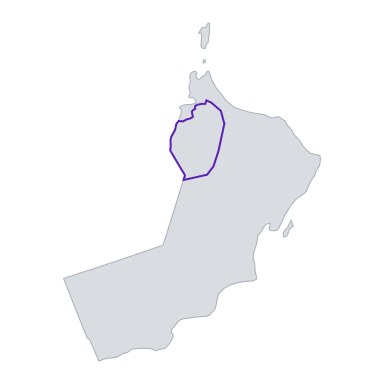 location of Al Dhahira within Oman
{"feature_id": "OMN-2414", "entity_name": "Al Dhahira", "entity_type": "Region", "adm_level": 1, "iso_a3": "OMN", "parent_name": "Oman", "parent_adm1": "", "projection": "albers", "projection_center": [55.739, 23.003], "detail": "fine", "context": "in_parent", "style": "outline", "palette": "violet", "viewbox_px": 384, "rotation_deg": 0, "n_neighbors": 0, "source": "natural_earth", "source_scale": "10m", "svg_char_len": 3515}
<svg xmlns="http://www.w3.org/2000/svg" viewBox="0 0 384 384"><path d="M98.8,361.0L96.8,356.3L94.9,351.7L92.9,347.1L91.0,342.5L89.6,339.3L87.2,338.1L85.9,334.7L84.4,331.1L83.0,327.6L81.6,324.1L80.2,320.6L78.8,317.1L77.4,313.6L76.0,310.1L74.6,306.6L73.2,303.1L71.9,299.6L70.5,296.1L69.1,292.5L67.7,289.0L66.3,285.5L64.9,282.0L63.6,278.5L68.3,276.9L74.0,275.1L79.7,273.2L85.5,271.3L91.2,269.5L96.9,267.6L102.6,265.7L108.4,263.8L114.1,261.9L119.8,260.0L125.5,258.0L131.2,256.1L136.8,254.2L142.5,252.2L148.2,250.3L153.9,248.3L159.6,246.4L163.1,245.1L164.5,240.5L165.8,236.6L167.0,232.8L168.2,228.9L169.4,225.1L170.6,221.2L171.8,217.3L173.0,213.5L174.2,209.6L175.4,205.8L176.6,201.9L177.8,198.0L179.0,194.2L180.2,190.3L181.4,186.4L182.6,182.6L183.8,178.7L184.9,175.2L182.9,171.7L180.1,167.2L177.3,162.4L174.6,157.8L172.6,154.6L170.3,150.6L170.5,145.5L170.5,142.9L170.8,139.0L173.0,133.6L175.7,126.7L177.7,122.1L179.4,118.2L180.7,115.0L181.5,111.7L181.1,109.3L180.2,108.5L179.5,107.4L182.0,105.6L186.7,104.5L189.4,104.8L193.0,103.9L195.9,103.1L196.2,102.1L195.3,100.4L194.1,97.8L190.0,97.6L188.8,96.9L190.2,93.1L190.2,91.9L189.6,90.6L189.0,88.2L189.3,85.2L190.2,83.1L190.2,81.5L189.8,78.1L189.9,75.0L190.7,73.5L192.3,72.1L193.7,71.4L195.2,71.5L196.4,72.0L196.9,73.6L196.6,74.7L195.7,74.9L195.4,75.3L196.6,77.5L198.4,79.5L199.8,79.2L201.3,77.5L202.9,76.2L204.9,75.0L206.3,72.8L207.5,71.3L208.7,71.1L211.9,80.3L216.8,88.8L221.0,93.5L225.5,100.0L232.3,105.8L235.4,107.8L247.9,111.8L254.8,113.3L264.3,114.6L270.8,117.8L273.0,117.9L276.4,116.9L278.9,116.9L285.3,121.2L287.2,125.4L289.8,127.5L292.2,130.9L293.8,134.5L299.2,140.0L303.1,146.1L307.0,150.6L310.5,153.4L315.7,154.4L319.9,155.6L320.4,158.7L320.1,162.7L319.4,165.7L315.7,171.6L314.9,175.2L310.7,181.2L306.2,191.3L304.1,193.5L296.5,198.8L291.0,205.1L284.5,215.9L279.6,226.6L277.7,230.0L273.6,230.8L270.9,230.5L269.0,229.6L269.7,226.7L270.1,223.4L267.6,223.8L265.5,224.5L260.5,232.5L257.7,236.0L257.2,240.5L255.9,246.2L254.0,251.4L253.2,255.8L253.2,258.3L254.8,264.4L255.0,270.6L255.9,274.4L256.7,278.9L254.3,280.3L252.2,281.0L244.0,281.6L235.7,283.1L228.5,285.8L224.1,288.4L218.5,294.2L215.1,308.9L209.6,315.1L205.8,316.4L196.7,317.0L183.9,318.7L179.4,320.2L171.9,329.2L171.3,332.0L172.8,334.0L173.2,336.3L172.5,338.4L169.1,344.0L165.4,348.1L155.6,350.7L152.0,349.1L148.7,348.3L142.4,348.2L132.0,349.0L128.1,352.0L122.1,354.1L116.5,357.4L105.9,358.5L98.8,361.0ZM205.7,47.7L205.1,48.5L204.2,48.6L202.1,47.9L200.9,46.3L201.1,44.4L201.2,40.8L201.7,37.4L201.6,33.8L200.0,33.1L198.8,33.3L201.4,28.3L202.5,27.5L203.5,27.8L205.9,27.3L207.1,24.5L208.2,23.0L209.2,23.2L209.8,24.0L209.4,28.2L209.4,31.7L208.1,42.3L206.7,44.1L206.0,45.6L205.7,47.7ZM286.0,236.4L283.9,237.0L283.3,236.8L283.3,232.3L287.9,226.7L291.0,220.2L293.3,225.9L289.5,229.2L287.6,234.7L286.0,236.4ZM205.3,62.2L203.9,63.1L203.0,62.9L203.2,61.1L203.7,59.8L205.1,59.9L205.4,60.7L205.3,62.2Z" fill="#d9dde1" stroke="#a8b0b8" stroke-width="1"/><path d="M170.3,150.6L170.7,145.5L170.5,140.4L170.6,139.4L171.6,136.0L174.7,130.7L175.4,128.5L176.1,125.0L176.4,123.9L177.0,123.0L178.2,121.7L178.7,121.0L183.1,121.4L186.4,119.5L190.7,118.3L192.9,116.8L191.8,111.7L193.1,110.0L195.1,109.0L195.1,106.1L196.9,104.9L201.5,103.9L205.3,103.9L206.4,100.4L211.3,102.6L220.9,110.9L223.9,122.3L224.5,123.0L218.5,150.8L213.5,166.3L207.1,174.7L184.4,179.8L183.6,179.9L184.8,176.0L184.8,175.2L184.5,174.4L182.7,171.5L180.1,167.2L177.5,162.8L174.9,158.4L172.3,154.0L170.3,150.6Z" fill="none" stroke="#5b21b6" stroke-width="2"/></svg>